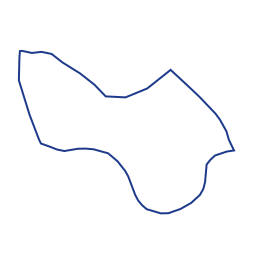 Kangnam, P'yŏngyang, North Korea (Robinson projection), rotated 263°
{"feature_id": "82179303B41089875582012", "entity_name": "Kangnam", "entity_type": "district", "adm_level": 2, "iso_a3": "PRK", "parent_name": "North Korea", "parent_adm1": "P'yŏngyang", "projection": "robinson", "projection_center": [125.6, 38.866], "detail": "fine", "context": "isolated", "style": "outline", "palette": "blue", "viewbox_px": 256, "rotation_deg": 263, "n_neighbors": 0, "source": "geoboundaries", "source_scale": "gbopen_adm2", "svg_char_len": 783}
<svg xmlns="http://www.w3.org/2000/svg" viewBox="0 0 256 256"><g transform="rotate(263 128 128)"><path d="M110.3,93.1L105.3,105.2L96.2,113.6L85.8,119.9L80.0,122.3L60.7,127.0L54.7,129.3L54.4,129.5L49.5,132.7L45.1,136.7L40.1,148.3L39.3,150.1L38.5,157.7L41.2,170.1L45.9,181.5L52.8,191.2L58.3,195.3L64.9,197.9L66.8,198.3L82.2,201.6L86.4,205.9L90.1,211.0L92.6,223.3L92.8,230.5L103.9,226.7L112.7,225.3L125.0,220.3L131.4,216.7L150.0,202.9L159.0,195.5L180.5,177.4L164.9,151.9L158.7,129.2L162.1,109.7L175.0,100.0L188.0,87.1L201.1,70.9L210.8,61.2L214.1,51.5L214.2,41.8L217.5,32.1L217.5,30.1L211.1,28.8L188.6,25.5L153.1,31.9L140.2,35.1L127.3,38.3L123.2,39.7L118.7,48.7L115.4,54.7L112.9,62.0L113.5,75.8L112.7,83.5L111.0,91.5L110.3,93.1Z" fill="none" stroke="#1e3a8a" stroke-width="2"/></g></svg>